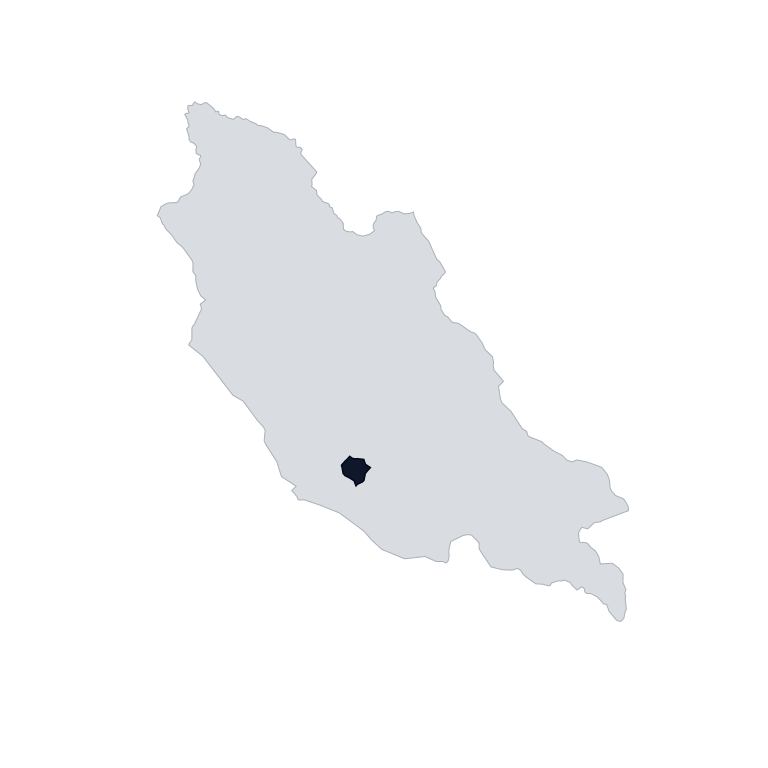 Cogt-Cecii, Ömnögovi, Mongolia (highlighted), rotated 45°
{"feature_id": "93677404B54738305211912", "entity_name": "Cogt-Cecii", "entity_type": "district", "adm_level": 2, "iso_a3": "MNG", "parent_name": "Mongolia", "parent_adm1": "Ömnögovi", "projection": "equal_earth", "projection_center": [105.867, 43.804], "detail": "fine", "context": "in_parent", "style": "filled", "palette": "ink", "viewbox_px": 768, "rotation_deg": 45, "n_neighbors": 0, "source": "geoboundaries", "source_scale": "gbopen_adm2", "svg_char_len": 4470}
<svg xmlns="http://www.w3.org/2000/svg" viewBox="0 0 768 768"><g transform="rotate(45 384 384)"><path d="M50.9,318.1L53.4,318.1L57.4,315.6L58.2,312.3L59.5,310.5L68.7,309.6L72.7,310.6L73.6,308.5L74.4,308.2L76.4,309.9L78.6,309.2L80.1,308.4L81.7,305.9L84.8,306.3L90.4,303.5L90.7,298.6L92.9,297.5L97.7,296.5L98.5,294.3L99.6,293.7L103.2,293.1L109.4,290.5L112.3,290.3L114.6,288.1L120.3,285.3L128.4,283.9L129.2,282.5L136.9,278.1L144.9,277.9L147.3,274.0L148.6,273.7L153.7,278.2L156.0,277.6L157.0,275.9L160.3,275.9L161.5,279.1L163.2,280.4L186.6,281.6L187.2,282.8L188.1,290.3L192.1,293.8L193.0,295.5L199.5,295.0L203.1,297.8L208.7,297.6L211.5,298.4L217.1,295.8L218.4,295.8L220.0,297.2L222.8,296.1L227.7,298.7L231.7,298.2L233.5,299.3L235.9,298.4L241.5,299.2L245.8,303.2L249.0,302.9L252.8,300.2L253.9,298.4L259.4,297.5L262.6,295.7L264.7,294.1L268.0,288.2L268.9,282.2L266.2,281.3L263.9,279.3L262.7,276.1L262.7,273.9L260.2,270.5L260.5,268.8L262.2,265.9L263.2,261.2L265.2,258.6L268.9,257.2L269.4,255.3L271.9,251.7L277.8,249.6L281.3,245.6L283.3,241.5L286.1,243.6L293.5,246.5L299.7,247.8L303.7,250.8L314.7,251.5L333.0,258.5L336.9,258.1L347.7,261.1L348.6,262.1L348.4,267.4L349.2,268.8L349.5,274.6L351.5,277.4L350.9,280.9L351.8,281.9L354.5,282.4L358.8,286.0L368.6,288.5L371.5,290.9L378.2,292.5L381.7,291.5L387.3,292.1L389.4,291.7L393.0,288.9L395.3,288.1L408.2,285.9L411.7,284.1L414.1,283.8L424.2,285.5L431.2,288.2L441.3,288.0L446.0,291.0L448.1,293.8L452.0,296.4L466.1,297.5L466.7,298.1L466.6,304.2L467.2,305.2L476.4,311.9L480.7,313.9L493.5,313.6L513.5,317.9L518.2,316.6L522.5,318.8L524.1,318.6L536.9,313.0L538.8,313.4L552.1,311.2L560.6,308.4L567.0,308.6L572.0,306.2L574.0,301.4L582.2,295.9L596.7,289.0L605.9,290.0L611.3,292.5L617.2,297.4L620.5,298.8L626.4,299.2L634.8,295.8L639.3,296.7L643.5,298.2L646.4,300.7L634.7,326.6L634.6,328.2L630.7,333.6L630.5,342.4L625.2,345.5L626.2,350.5L627.5,352.4L633.7,357.4L635.7,356.8L637.2,354.7L640.4,352.8L646.3,353.3L651.4,352.5L658.0,354.2L664.2,358.3L672.2,349.3L680.1,348.2L687.5,349.4L693.4,355.5L700.4,358.3L702.3,361.8L705.1,363.2L706.0,364.9L714.6,371.9L716.6,376.5L719.2,379.8L719.4,383.2L719.0,384.8L715.7,386.6L704.2,385.7L697.2,382.4L694.8,384.3L686.0,383.6L681.1,385.0L677.8,386.3L675.9,388.5L674.5,389.0L673.0,388.9L670.2,387.1L667.9,387.2L667.3,387.6L666.1,393.3L658.7,393.3L656.1,392.6L650.0,395.2L649.1,397.4L646.0,400.5L643.2,406.3L644.0,408.8L643.2,410.3L637.7,413.4L632.6,418.0L621.7,419.9L616.5,420.2L612.6,419.1L608.9,419.9L606.1,425.1L599.2,431.5L589.0,437.7L570.0,433.9L567.6,433.0L563.5,429.1L552.6,428.9L549.5,431.5L546.9,435.5L542.6,448.2L547.1,455.5L552.3,460.3L554.4,463.7L554.6,466.6L551.1,467.9L546.4,472.6L534.9,477.0L522.2,493.0L499.4,502.5L485.2,503.1L474.0,502.2L443.6,506.7L424.0,515.1L409.4,522.4L406.2,525.9L404.7,526.5L402.0,525.1L394.1,524.6L394.2,518.4L377.0,522.0L363.1,514.7L343.3,510.4L339.3,508.8L332.7,500.7L329.1,499.6L320.4,499.3L296.5,495.7L285.2,498.8L236.4,492.5L218.5,494.5L217.8,493.7L216.9,488.6L209.0,480.7L207.9,478.8L207.7,475.8L201.8,459.8L197.6,457.4L198.5,450.7L192.0,451.2L184.9,448.7L177.8,444.0L174.5,440.5L169.4,439.7L163.3,433.4L160.4,432.2L145.1,429.7L137.3,430.4L129.0,428.8L119.5,428.6L116.6,427.2L113.8,427.4L108.4,424.7L104.7,425.3L100.9,416.2L102.4,410.5L104.5,407.2L109.3,402.2L109.3,400.3L107.9,395.8L111.1,387.7L110.6,382.7L108.7,377.2L105.5,375.8L101.6,368.2L100.7,362.3L99.1,358.3L94.5,355.8L93.3,352.3L91.9,352.1L90.8,353.2L88.0,353.6L85.3,351.4L83.9,348.9L82.2,348.2L79.1,348.3L76.2,349.5L73.2,348.9L70.7,346.6L63.9,343.1L64.0,340.5L63.2,338.7L61.1,338.2L59.1,336.4L52.5,334.2L52.5,332.9L54.6,330.2L50.1,327.9L48.6,325.5L51.6,322.4L50.7,320.3L50.9,318.1Z" fill="#d9dde1" stroke="#a8b0b8" stroke-width="1"/><path d="M436.2,475.8L436.1,474.0L436.3,473.1L437.0,471.2L437.2,470.5L437.9,468.7L438.0,466.9L437.9,466.3L437.9,466.1L437.0,465.0L434.9,461.6L434.2,461.3L433.6,456.5L433.6,454.5L433.4,452.7L431.3,453.2L427.7,453.9L425.3,452.8L423.1,451.6L422.9,451.8L422.7,452.0L422.4,452.2L422.2,452.4L422.0,452.5L421.8,452.7L421.7,452.7L421.5,452.9L421.3,453.1L421.2,453.1L421.0,453.3L420.9,453.3L420.7,453.5L420.3,453.8L420.2,453.9L419.8,454.2L419.7,454.3L419.4,454.5L419.2,454.7L418.8,455.0L418.7,455.1L418.4,455.3L418.1,455.5L417.0,456.8L415.1,458.4L413.7,459.0L412.2,459.2L410.9,459.4L411.1,462.9L411.0,466.1L411.3,470.3L411.4,471.5L413.6,472.8L418.4,476.2L421.5,476.3L425.2,475.0L426.7,474.6L431.2,473.6L436.2,475.8Z" fill="#0f172a" stroke="#020617" stroke-width="1.5"/></g></svg>